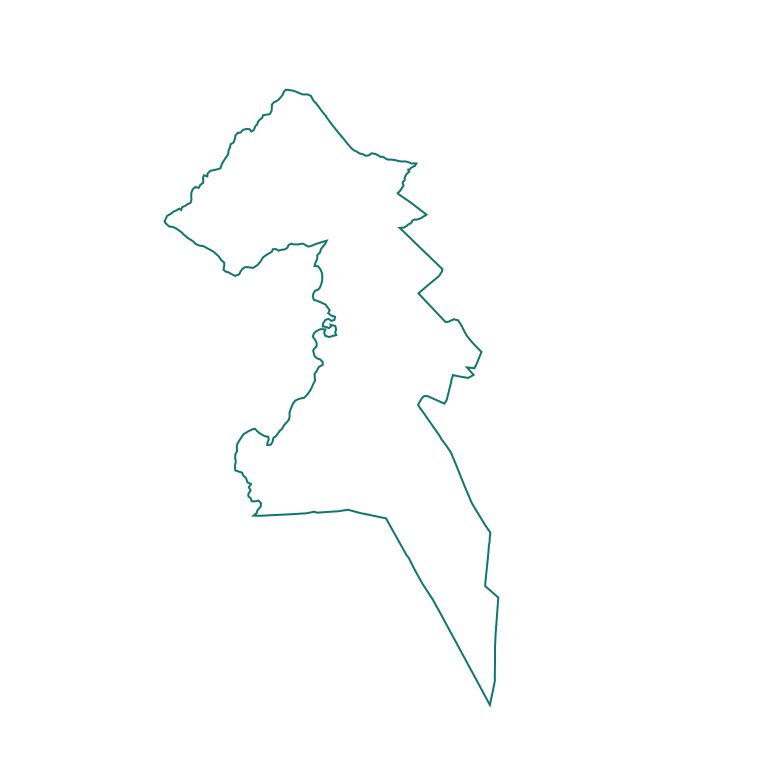 Marakwet West, Rift Valley, Kenya (Mercator projection), rotated 216°
{"feature_id": "3690345B12316778885623", "entity_name": "Marakwet West", "entity_type": "district", "adm_level": 2, "iso_a3": "KEN", "parent_name": "Kenya", "parent_adm1": "Rift Valley", "projection": "mercator", "projection_center": [35.451, 1.024], "detail": "fine", "context": "isolated", "style": "outline", "palette": "teal", "viewbox_px": 768, "rotation_deg": 216, "n_neighbors": 0, "source": "geoboundaries", "source_scale": "gbopen_adm2", "svg_char_len": 6166}
<svg xmlns="http://www.w3.org/2000/svg" viewBox="0 0 768 768"><g transform="rotate(216 384 384)"><path d="M652.3,447.1L651.8,444.5L649.9,442.6L648.6,440.3L649.6,437.2L649.2,433.8L652.5,432.3L653.2,428.9L652.1,425.1L650.4,422.7L648.4,420.3L647.8,419.2L647.0,416.8L648.6,414.1L649.7,411.1L651.3,408.4L650.4,405.6L652.8,405.5L653.9,402.6L655.7,399.4L656.7,395.9L658.3,392.5L657.0,386.4L655.6,385.8L650.4,385.1L647.9,386.6L644.8,387.5L641.4,387.7L637.2,387.8L633.0,387.1L628.7,386.8L624.7,387.1L621.6,387.2L618.9,386.6L615.7,387.1L614.9,387.4L611.0,389.4L603.3,390.4L600.2,390.8L597.1,390.6L592.7,390.1L589.0,388.7L584.5,388.2L582.6,385.6L581.2,382.2L578.3,381.8L575.8,382.9L571.8,383.3L567.9,384.0L565.6,387.8L566.2,390.8L566.1,393.9L565.1,396.9L562.2,398.8L559.3,400.4L557.9,401.2L557.5,402.7L556.2,406.2L555.9,410.3L556.3,415.4L554.8,419.9L552.5,425.0L553.0,427.9L550.5,429.7L547.6,429.9L546.1,432.1L543.5,434.4L542.2,437.5L542.9,440.2L541.6,442.9L539.1,443.9L535.9,446.1L532.6,449.6L531.4,450.0L525.9,450.7L525.2,451.6L523.7,453.4L521.7,456.9L521.2,457.6L519.1,460.3L516.7,463.6L514.6,466.2L514.0,463.1L514.2,459.3L514.4,456.0L513.1,453.0L513.7,449.1L511.5,445.9L510.9,442.2L509.5,438.6L506.6,440.5L502.9,439.4L499.5,437.3L498.7,436.6L497.3,434.9L495.9,433.0L494.7,431.1L494.2,430.1L493.2,427.0L492.5,424.1L492.8,421.6L494.7,418.9L494.2,415.7L493.2,413.1L490.4,410.9L486.2,412.2L482.4,413.1L478.0,413.9L471.3,411.8L470.8,408.5L467.4,408.3L463.1,409.6L462.3,407.9L461.8,406.7L463.6,404.2L467.3,404.1L469.1,401.2L468.9,397.5L467.4,394.5L464.4,396.2L461.4,396.8L460.7,399.3L462.1,400.5L457.5,402.3L454.7,399.9L453.8,397.0L451.4,395.4L453.6,393.0L454.5,391.7L456.0,389.7L460.0,388.5L462.7,390.5L463.5,393.7L466.0,392.2L467.4,391.2L468.1,390.2L469.8,387.0L470.5,383.9L469.4,380.4L466.0,379.4L462.7,377.6L460.7,375.0L461.2,371.8L461.1,370.3L461.0,369.4L458.5,367.3L456.4,365.7L453.4,365.4L449.9,366.4L446.4,365.7L444.8,363.5L446.7,359.6L446.1,354.8L446.0,351.1L443.8,348.5L441.9,346.5L441.3,342.6L440.3,338.4L439.8,334.8L439.9,330.6L440.4,326.1L442.7,323.6L444.5,321.2L446.1,318.2L446.1,315.3L446.0,313.8L445.3,311.2L444.9,309.3L444.6,308.4L443.5,305.1L441.2,302.2L440.0,299.5L440.1,296.5L440.6,291.9L440.2,287.9L440.8,284.6L440.7,281.9L440.7,278.7L441.8,275.5L440.2,271.8L439.9,268.4L442.6,266.0L444.0,268.5L444.6,271.3L446.6,273.2L449.5,271.8L452.9,271.3L455.9,271.1L457.4,271.2L458.8,271.3L462.2,271.9L464.1,269.7L466.0,265.9L468.2,260.6L467.8,252.9L467.4,249.1L465.7,246.0L463.4,243.2L462.9,239.7L461.3,237.2L458.2,233.9L456.3,229.8L453.5,226.7L449.6,227.9L446.9,228.9L443.9,227.2L440.2,226.7L436.7,224.2L432.6,224.8L432.7,221.0L429.3,219.5L429.2,215.4L427.7,213.5L424.7,213.2L422.1,211.4L419.3,213.3L417.0,215.9L413.4,215.2L411.6,212.2L412.2,207.8L411.2,204.8L412.1,200.9L407.0,204.4L381.4,225.0L375.3,230.1L371.3,233.3L365.2,239.8L362.6,240.5L354.1,247.6L346.3,254.1L339.2,261.1L326.4,266.0L322.7,267.8L303.3,276.5L293.8,272.0L264.8,258.6L262.0,258.0L249.9,251.7L234.7,244.7L233.5,244.2L232.3,243.8L217.6,238.2L205.0,232.3L109.7,186.6L112.9,193.9L119.8,209.0L122.8,213.0L131.9,225.9L139.3,236.1L146.6,247.1L166.0,278.4L171.2,278.9L176.2,279.3L183.4,280.0L185.2,282.8L194.1,298.1L197.5,304.0L202.2,311.8L203.4,313.9L204.2,314.7L205.4,317.7L208.9,323.1L210.6,326.3L219.2,329.3L226.9,332.5L234.3,335.6L239.6,337.8L241.8,338.8L242.9,339.3L245.3,340.6L249.1,343.0L254.8,346.3L281.0,362.7L284.8,365.0L289.6,367.9L300.0,371.7L301.2,372.0L305.1,373.0L306.0,373.6L309.0,374.9L313.3,376.4L328.4,381.6L336.3,384.4L337.5,384.7L339.1,385.3L340.0,385.4L344.2,387.2L344.6,389.8L344.9,393.9L344.9,395.1L344.6,397.1L344.4,397.9L341.8,399.7L338.4,400.5L323.6,403.6L323.8,407.4L324.1,408.5L326.8,415.2L331.0,425.4L331.6,426.6L332.1,427.7L332.7,429.8L333.5,431.7L330.0,433.2L325.6,435.3L319.5,438.4L318.6,440.1L316.9,444.0L326.6,446.2L323.0,448.3L320.1,449.9L320.7,453.8L323.2,464.0L324.0,467.2L334.5,469.0L341.6,470.6L344.3,471.4L346.9,472.4L351.9,474.8L354.7,476.4L359.7,478.4L360.8,478.9L361.7,479.1L363.6,478.1L364.5,477.8L365.6,477.5L366.3,476.1L367.1,474.9L367.4,473.9L368.6,472.2L369.6,471.1L370.5,470.4L371.7,470.5L372.9,470.7L377.2,471.5L381.6,472.3L389.2,473.8L399.8,475.7L409.4,477.6L407.4,486.0L405.2,495.0L404.5,497.6L402.9,504.1L403.3,509.2L404.4,511.3L408.8,511.9L428.9,514.7L434.7,515.5L443.1,516.7L455.2,518.5L463.1,519.5L462.2,520.2L460.7,521.6L459.7,522.6L459.1,523.8L458.5,525.5L458.2,527.2L457.2,529.1L456.8,530.2L456.8,531.1L457.1,532.5L456.7,533.7L456.1,535.0L454.9,535.6L454.1,536.3L453.6,537.0L451.7,539.6L451.3,540.4L451.0,541.2L450.7,542.6L449.8,544.1L449.4,544.8L449.2,546.0L457.0,546.2L469.5,546.5L484.2,546.1L485.2,546.5L485.0,547.5L484.7,548.3L484.6,550.2L484.6,551.8L484.8,554.3L484.7,555.2L484.9,556.1L486.5,557.1L487.3,557.8L487.4,559.3L487.0,560.3L487.2,561.2L487.8,562.1L488.6,563.2L488.7,564.5L489.0,565.6L489.1,566.5L489.1,567.5L488.9,568.6L488.4,569.7L488.5,570.6L489.7,570.9L490.4,571.8L489.4,572.4L489.2,573.5L489.3,574.3L488.9,575.3L488.4,576.3L488.0,577.4L487.2,578.3L487.5,579.5L487.3,580.5L487.4,581.4L489.5,580.1L491.4,578.5L494.1,578.0L497.2,576.8L500.5,574.4L503.1,573.0L506.2,571.9L509.9,569.9L512.6,567.9L515.1,567.3L518.1,567.3L520.6,565.7L525.7,565.2L529.5,563.5L530.7,560.1L532.9,557.9L535.7,557.6L539.2,556.2L541.0,556.0L542.4,556.0L545.6,555.4L548.4,555.5L553.9,556.7L561.2,558.7L569.7,560.8L581.1,564.0L585.3,565.4L586.7,565.7L588.7,566.8L590.5,567.1L593.9,568.0L595.7,568.5L600.1,570.0L603.9,571.1L606.8,571.5L609.9,572.8L612.5,574.1L615.9,573.4L619.8,570.6L622.4,569.8L628.7,568.4L632.8,566.4L636.4,564.4L636.8,561.5L636.0,558.5L636.1,555.5L636.4,552.1L637.3,549.2L638.1,548.5L638.6,547.6L638.8,545.7L638.9,544.4L637.7,542.3L636.2,540.1L635.6,539.1L635.3,537.8L635.0,535.1L637.7,532.6L639.8,530.3L639.0,527.5L639.9,524.7L640.1,521.9L639.2,519.8L639.6,516.8L638.7,513.1L639.6,510.3L642.6,511.1L645.2,509.5L647.5,506.6L647.8,503.4L649.1,501.8L649.9,501.3L650.3,498.0L648.8,494.7L647.6,491.1L649.1,487.7L647.6,485.1L647.1,481.6L645.2,478.6L645.0,476.8L645.0,473.2L644.8,470.1L644.5,466.8L643.1,462.5L645.6,459.0L649.8,454.4L650.4,450.5L649.0,448.1L651.2,447.3L652.3,447.1Z" fill="none" stroke="#0f766e" stroke-width="2"/></g></svg>